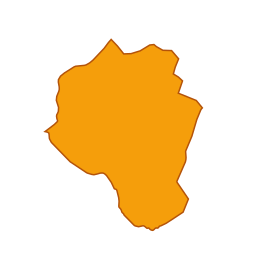 SVG path tracing the border of Ouaddaï, rotated 202°
{"feature_id": "TCD-1475", "entity_name": "Ouaddaï", "entity_type": "Prefecture", "adm_level": 1, "iso_a3": "TCD", "parent_name": "Chad", "parent_adm1": "", "projection": "equal_earth", "projection_center": [21.069, 13.569], "detail": "fine", "context": "isolated", "style": "filled", "palette": "amber", "viewbox_px": 256, "rotation_deg": 202, "n_neighbors": 0, "source": "natural_earth", "source_scale": "10m", "svg_char_len": 1721}
<svg xmlns="http://www.w3.org/2000/svg" viewBox="0 0 256 256"><g transform="rotate(202 128 128)"><path d="M203.6,93.6L197.7,103.5L196.0,107.3L195.9,108.2L197.6,110.3L198.7,112.2L199.0,113.6L198.8,115.2L198.8,117.3L200.1,121.1L204.8,126.8L205.9,130.6L205.9,136.2L206.2,138.1L207.2,140.4L209.8,144.5L210.6,146.8L210.0,150.8L207.5,155.3L200.8,164.6L199.6,165.7L191.8,169.8L190.5,170.8L188.0,173.9L185.9,177.8L180.0,192.8L178.1,200.1L177.0,203.1L176.8,203.8L168.6,200.1L159.7,195.1L153.0,198.1L145.6,204.1L138.9,213.1L135.2,215.1L132.2,214.1L124.8,213.1L116.6,216.1L107.0,211.1L107.0,202.1L106.2,195.1L100.3,194.1L95.1,192.1L94.4,179.1L83.2,179.1L75.0,179.1L66.6,174.5L67.1,173.1L67.3,172.0L67.4,161.7L65.7,144.2L65.9,128.5L65.7,127.6L63.1,122.3L62.5,120.4L62.1,118.1L62.7,96.9L62.4,96.3L61.7,95.7L45.4,84.8L45.4,70.6L56.9,54.0L60.9,49.6L62.1,48.7L62.4,47.3L62.7,46.7L62.9,46.4L64.7,45.7L65.1,45.3L65.3,44.9L65.8,43.7L66.3,42.8L66.8,42.4L67.3,42.2L68.6,42.1L69.1,42.2L69.9,42.4L70.3,42.6L70.7,42.8L71.0,43.0L71.4,43.0L71.7,42.8L72.4,42.4L72.7,42.2L73.1,42.2L75.6,43.0L76.5,43.1L77.0,43.1L77.4,43.0L80.8,40.7L81.1,40.5L81.4,40.4L84.7,39.9L85.4,40.0L85.9,40.1L98.8,45.7L99.1,45.9L99.7,46.5L100.0,46.8L101.6,47.4L102.0,47.6L102.3,47.9L103.4,49.2L104.0,49.8L104.6,50.2L106.6,51.2L106.9,51.5L107.1,51.9L107.3,52.3L108.9,56.9L110.6,60.0L114.9,65.9L115.2,66.2L115.7,66.5L116.3,66.7L117.2,66.5L117.6,66.6L118.0,66.6L123.1,71.3L130.1,75.9L132.6,76.8L134.0,76.9L134.8,76.7L136.2,76.1L136.9,75.7L138.2,74.7L138.8,74.2L142.1,71.9L144.2,71.4L148.5,71.0L149.5,71.0L168.9,75.0L193.6,85.9L196.6,88.4L197.0,88.9L198.8,92.5L199.5,93.6L200.5,93.9L201.6,93.9L203.6,93.6L203.6,93.6Z" fill="#f59e0b" stroke="#b45309" stroke-width="1.5"/></g></svg>